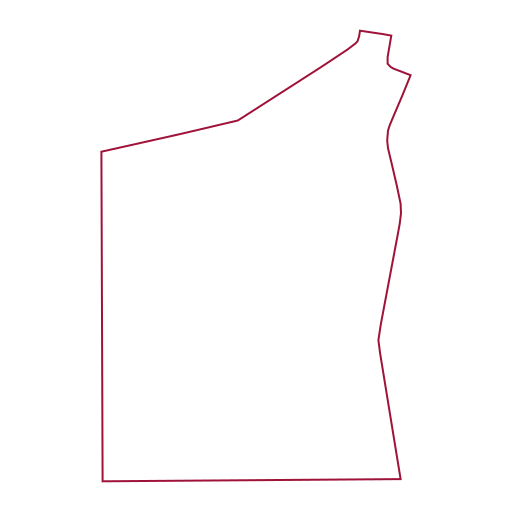 El Mina, Nouakchott, Mauritania
{"feature_id": "47542326B34919448738513", "entity_name": "El Mina", "entity_type": "district", "adm_level": 2, "iso_a3": "MRT", "parent_name": "Mauritania", "parent_adm1": "Nouakchott", "projection": "orthographic", "projection_center": [-15.982, 18.027], "detail": "fine", "context": "isolated", "style": "outline", "palette": "rose", "viewbox_px": 512, "rotation_deg": 0, "n_neighbors": 0, "source": "geoboundaries", "source_scale": "gbopen_adm2", "svg_char_len": 553}
<svg xmlns="http://www.w3.org/2000/svg" viewBox="0 0 512 512"><path d="M410.6,75.2L393.4,68.6L390.5,66.8L387.6,63.7L387.6,60.2L387.6,57.1L388.8,50.1L391.3,35.6L381.3,33.8L380.9,33.8L360.0,30.7L359.1,36.4L357.5,41.3L355.4,43.5L347.4,49.6L321.5,66.8L237.8,120.5L181.7,133.7L101.4,151.7L102.6,481.3L400.6,479.1L380.1,353.3L378.4,340.1L380.9,323.8L397.6,235.3L399.7,223.9L401.0,213.3L400.6,203.7L396.8,185.6L392.2,165.8L388.0,148.2L387.2,140.7L388.0,130.6L389.7,125.3L394.3,114.3L402.2,95.8L410.6,75.2Z" fill="none" stroke="#9f1239" stroke-width="2"/></svg>